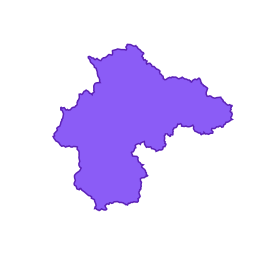 Antabamba, Apurímac, Peru, rotated 129°
{"feature_id": "86281439B67377486852449", "entity_name": "Antabamba", "entity_type": "district", "adm_level": 2, "iso_a3": "PER", "parent_name": "Peru", "parent_adm1": "Apurímac", "projection": "albers", "projection_center": [-72.759, -14.434], "detail": "fine", "context": "isolated", "style": "filled", "palette": "violet", "viewbox_px": 256, "rotation_deg": 129, "n_neighbors": 0, "source": "geoboundaries", "source_scale": "gbopen_adm2", "svg_char_len": 5735}
<svg xmlns="http://www.w3.org/2000/svg" viewBox="0 0 256 256"><g transform="rotate(129 128 128)"><path d="M58.4,53.5L57.8,53.1L57.0,53.1L55.7,52.3L55.8,53.3L55.5,54.4L55.1,54.8L54.7,55.0L53.9,54.8L51.7,55.7L51.2,56.3L51.2,56.7L50.5,57.4L51.1,58.2L50.9,59.0L50.1,59.4L48.7,59.5L48.3,60.5L47.1,60.7L46.7,61.3L45.6,60.9L45.1,61.3L45.9,62.8L45.8,63.6L47.1,64.4L47.5,65.1L47.5,68.0L47.1,68.6L47.5,70.7L46.6,71.5L46.6,72.2L46.1,74.6L45.7,75.3L48.7,78.3L50.2,79.2L51.2,81.7L51.0,83.0L51.5,84.6L53.1,85.7L53.5,86.5L52.6,88.4L51.2,89.6L47.2,91.0L47.0,91.6L47.2,95.4L47.7,95.9L47.1,96.9L47.2,99.2L46.6,99.4L46.1,100.8L45.2,101.7L44.4,103.7L44.8,104.4L47.0,104.8L47.5,105.6L47.8,106.7L50.0,107.6L52.3,107.5L52.6,108.6L52.0,109.1L52.3,109.9L52.1,110.5L52.9,111.5L53.2,113.3L54.2,114.9L54.4,117.9L55.6,118.0L56.3,118.8L57.2,119.0L57.8,119.6L58.1,120.1L58.2,122.3L58.7,123.4L59.8,124.4L60.0,125.3L60.7,125.6L61.1,126.1L61.9,126.1L62.4,127.5L64.7,128.6L66.1,128.8L67.3,129.7L67.3,131.1L67.5,131.6L66.3,132.6L65.7,133.5L66.0,134.6L65.7,135.0L65.4,136.1L65.8,137.0L64.7,138.7L63.7,138.9L63.5,139.7L63.7,141.9L64.3,142.8L63.8,146.4L65.0,148.0L64.1,149.6L64.2,150.8L63.8,151.2L64.1,152.0L65.1,152.9L66.5,153.5L66.3,154.2L65.7,154.8L64.0,155.3L64.4,156.1L64.1,157.7L65.2,158.3L64.7,159.3L64.7,160.0L63.8,160.4L63.7,162.2L61.4,162.8L60.4,162.5L59.8,163.4L60.3,165.5L59.7,167.4L60.0,170.2L59.8,170.9L59.3,171.4L59.4,173.0L59.1,173.7L59.7,173.8L60.9,175.3L61.5,178.4L63.4,181.1L63.8,181.2L64.5,180.7L66.4,180.6L67.2,179.0L67.8,178.6L68.7,178.6L69.3,180.1L71.4,182.7L73.1,185.8L74.6,186.6L77.5,188.7L77.9,188.7L79.4,187.1L80.7,186.4L81.5,186.4L82.7,188.8L83.1,189.2L86.0,189.5L87.6,190.0L88.8,191.2L90.3,191.7L92.7,191.5L93.2,192.3L93.6,195.2L93.4,195.8L93.8,196.1L95.1,196.3L95.6,196.8L95.8,197.5L95.4,198.4L95.5,199.2L96.3,200.1L96.3,201.9L96.7,203.1L97.5,203.7L98.5,203.0L99.0,200.2L99.5,200.0L100.4,198.4L100.6,194.5L101.0,193.4L102.0,192.3L101.6,190.2L102.1,189.8L103.9,186.9L104.6,186.5L106.6,184.1L107.2,182.1L108.0,180.9L108.4,180.3L109.8,179.3L110.2,178.2L112.5,180.7L113.8,181.5L114.6,181.6L116.5,181.2L117.3,180.7L119.3,178.9L120.5,178.1L121.1,176.9L123.5,177.4L124.7,176.8L124.6,178.6L125.2,179.9L124.5,181.6L124.9,184.4L125.9,184.5L127.2,185.2L130.0,184.8L130.9,184.9L131.2,185.4L131.3,186.2L132.5,187.2L135.2,184.8L137.1,184.2L138.5,184.3L139.2,183.7L140.0,183.8L141.5,182.4L142.8,182.2L143.9,182.6L145.0,182.5L145.9,182.9L146.1,183.4L147.4,184.2L150.3,184.3L150.8,184.9L151.6,185.4L151.7,186.8L152.4,186.9L153.0,187.5L152.3,190.4L154.0,191.8L153.9,192.8L154.1,193.0L154.6,193.0L156.2,191.6L155.8,190.6L155.9,189.9L157.6,187.0L161.6,184.8L163.1,184.8L163.8,184.1L165.5,183.9L167.8,182.7L169.6,182.2L171.0,182.9L172.8,183.2L173.4,182.8L173.8,181.8L174.3,181.5L178.9,181.8L179.4,181.4L180.4,180.1L181.7,180.9L182.7,178.7L183.0,177.0L183.4,176.5L183.4,175.6L183.0,174.3L183.0,172.4L183.8,169.9L183.9,168.0L182.4,166.9L182.0,164.3L180.9,164.1L180.3,163.2L178.9,162.4L178.7,160.5L178.0,159.4L176.7,158.8L175.2,156.7L174.6,155.4L176.5,154.2L176.8,151.8L178.1,150.2L179.1,149.7L179.5,149.1L182.0,147.4L184.3,144.5L186.5,143.8L187.8,142.7L188.7,140.8L188.5,139.5L188.7,139.2L191.6,138.6L195.8,139.7L197.9,139.8L198.9,139.5L200.3,138.2L201.9,135.9L204.8,135.1L205.9,134.1L206.1,133.4L205.9,131.7L207.4,129.5L207.4,129.1L206.6,127.0L205.9,126.9L205.4,127.3L204.7,126.7L205.3,124.8L205.1,121.7L205.3,116.9L205.2,115.8L204.6,115.0L204.4,113.0L205.6,112.3L204.9,109.7L204.9,108.9L205.7,108.1L207.2,105.4L208.5,103.8L209.9,103.9L211.6,103.2L210.5,102.2L210.9,101.3L210.7,100.0L210.2,99.2L210.3,98.5L208.9,97.9L207.5,97.7L206.8,95.2L206.0,94.0L205.2,93.5L204.3,93.5L203.9,95.0L203.0,96.9L200.3,96.7L199.9,96.2L199.4,94.9L199.0,94.8L197.9,95.3L197.2,94.8L196.8,93.2L195.7,92.5L194.0,92.3L193.1,91.2L192.6,90.9L192.2,90.1L191.6,89.7L191.3,87.8L190.0,86.3L189.1,84.3L189.2,83.3L188.8,82.0L189.0,81.5L188.4,80.8L188.1,79.9L186.3,80.3L185.5,79.2L184.1,79.0L182.8,77.5L181.5,77.0L181.1,75.9L180.4,75.2L179.9,74.2L178.7,73.9L177.4,74.6L176.7,75.7L175.2,75.4L173.6,75.5L172.8,76.5L172.7,76.9L171.6,78.6L170.6,79.3L168.6,79.6L168.4,80.0L167.3,79.6L166.2,80.7L165.0,81.0L163.8,82.3L161.8,83.3L161.5,83.7L161.6,84.5L159.7,86.4L158.3,86.1L156.2,84.0L154.7,83.8L154.3,83.4L153.7,83.7L153.1,82.7L152.7,82.7L152.5,84.6L151.3,85.5L151.2,86.5L150.3,87.5L149.8,89.0L149.8,92.7L149.0,93.3L147.0,93.0L148.0,94.8L147.4,96.7L147.6,98.7L146.1,100.7L144.7,101.5L144.5,103.2L146.8,106.5L146.8,107.2L146.3,107.4L145.0,109.9L144.7,110.0L143.1,109.0L141.3,109.3L139.5,110.0L138.4,109.5L137.2,111.3L135.9,111.3L133.6,110.2L133.0,109.0L132.9,108.1L132.0,108.6L131.5,108.5L129.9,107.9L128.2,106.8L130.2,104.9L131.4,101.5L130.1,100.6L129.8,99.6L128.4,98.7L128.4,98.0L129.2,96.7L128.1,95.0L128.1,94.2L127.7,93.2L127.9,92.2L128.5,91.5L126.2,90.2L125.2,90.0L124.6,88.8L124.0,88.4L123.8,88.0L122.6,87.7L121.4,88.2L120.7,88.8L119.7,88.2L119.3,87.6L117.1,88.1L116.6,88.4L116.7,89.9L115.4,90.3L115.4,91.2L115.0,91.8L112.8,93.1L111.2,94.8L110.0,94.7L109.0,95.2L107.8,93.7L108.3,92.6L108.0,91.4L108.1,90.1L107.6,89.9L107.0,90.4L106.1,90.5L105.4,89.1L105.0,88.9L103.9,89.7L103.5,90.4L102.5,90.5L102.2,91.1L100.8,92.1L100.1,91.9L99.4,92.3L98.2,91.7L97.6,91.1L96.8,90.9L94.9,91.2L93.7,91.8L93.0,90.7L91.5,89.8L91.7,88.5L92.8,87.5L91.5,85.3L90.0,84.1L89.8,83.2L89.2,82.0L88.1,80.9L86.7,80.0L85.0,79.4L85.4,78.6L85.6,77.8L87.4,76.6L88.4,73.8L87.9,72.9L87.4,70.0L86.4,68.5L87.1,67.3L87.1,66.9L85.8,66.5L84.7,65.5L83.6,66.2L83.9,64.0L82.8,63.0L82.2,61.4L80.2,60.6L78.8,59.0L77.5,59.5L77.2,61.8L75.6,62.5L73.8,60.2L71.2,59.8L70.3,58.4L69.3,58.3L68.5,57.6L68.2,56.6L68.4,55.6L67.3,54.8L65.0,55.5L63.7,54.9L61.8,55.4L61.2,54.6L59.7,53.7L58.4,53.5Z" fill="#8b5cf6" stroke="#5b21b6" stroke-width="1.5"/></g></svg>